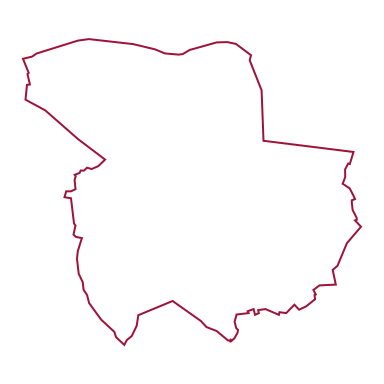 Cork City South East Lea-6, Cork, Ireland
{"feature_id": "5873133B31894390357020", "entity_name": "Cork City South East Lea-6", "entity_type": "district", "adm_level": 2, "iso_a3": "IRL", "parent_name": "Ireland", "parent_adm1": "Cork", "projection": "orthographic", "projection_center": [-8.409, 51.872], "detail": "fine", "context": "isolated", "style": "outline", "palette": "rose", "viewbox_px": 384, "rotation_deg": 0, "n_neighbors": 0, "source": "geoboundaries", "source_scale": "gbopen_adm2", "svg_char_len": 1434}
<svg xmlns="http://www.w3.org/2000/svg" viewBox="0 0 384 384"><path d="M251.0,55.2L235.9,43.9L227.2,42.1L216.7,42.4L189.8,49.9L182.7,54.1L178.4,54.6L164.8,53.4L155.2,49.4L133.1,44.1L88.9,39.1L77.9,40.6L36.6,53.5L32.1,56.6L23.0,58.8L28.7,72.9L27.5,74.0L29.9,84.5L27.0,84.9L25.5,99.7L45.3,110.4L77.9,139.0L105.1,159.6L98.2,166.2L91.7,169.0L87.0,167.7L84.0,170.6L80.7,170.5L79.6,172.9L74.7,174.8L75.7,176.2L74.6,180.1L75.5,189.2L71.1,191.3L66.2,191.3L64.5,197.2L71.0,198.3L74.0,223.4L75.5,225.5L73.5,234.6L75.8,236.9L81.9,238.1L77.8,251.1L77.0,258.9L78.7,273.8L82.7,282.1L83.6,289.8L87.1,295.1L89.1,303.1L101.2,319.7L114.4,331.9L116.0,337.1L124.3,344.9L126.8,340.1L131.7,336.1L136.7,325.8L138.3,315.2L172.6,301.0L200.9,321.0L206.4,327.0L216.6,331.0L228.1,340.5L230.1,340.3L230.2,342.2L231.0,340.0L231.6,340.8L234.4,338.3L237.5,332.8L238.0,329.9L236.2,328.1L234.6,321.6L236.6,314.5L248.6,313.1L247.7,311.2L253.6,309.1L255.0,314.8L258.8,313.2L258.2,310.1L265.5,309.1L278.9,314.8L279.5,312.2L286.2,313.1L294.4,304.7L299.1,309.7L306.1,306.4L315.1,299.2L314.5,295.1L315.8,294.5L313.4,290.0L319.4,285.4L335.8,284.6L332.7,269.9L337.5,265.8L346.9,243.2L361.0,226.7L355.0,220.4L356.8,219.7L356.7,217.9L352.6,209.9L351.8,202.2L351.8,200.3L355.0,199.1L353.9,196.5L349.7,188.4L342.7,183.8L345.2,177.1L345.1,169.4L348.2,163.5L349.8,164.0L353.5,152.0L263.5,140.8L261.6,90.3L249.7,60.3L251.0,55.2Z" fill="none" stroke="#9f1239" stroke-width="2"/></svg>